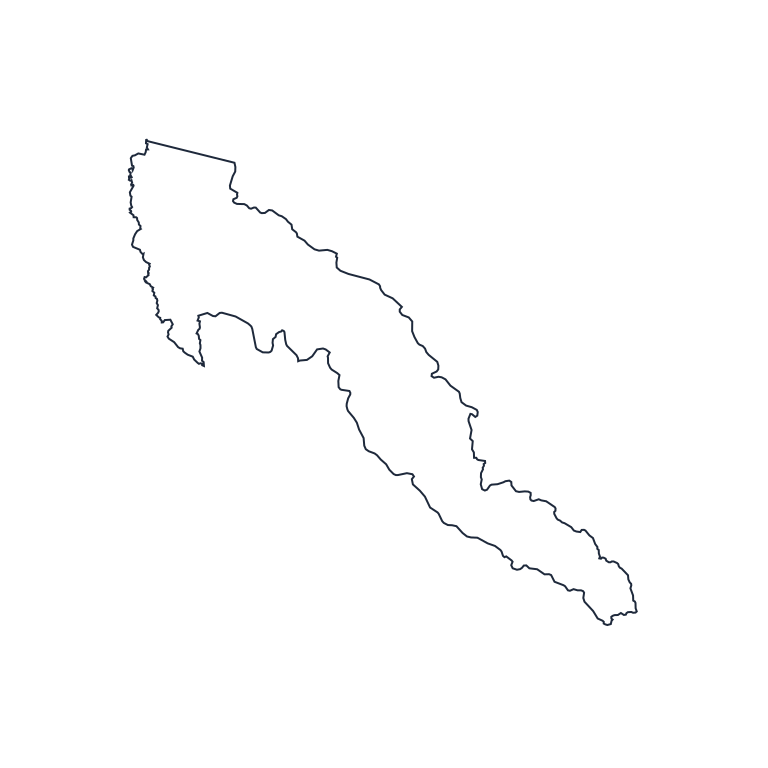 São Paulo de Olivença, Amazonas, Brazil (orthographic projection), rotated 285°
{"feature_id": "56859067B25364634126216", "entity_name": "São Paulo de Olivença", "entity_type": "district", "adm_level": 2, "iso_a3": "BRA", "parent_name": "Brazil", "parent_adm1": "Amazonas", "projection": "orthographic", "projection_center": [-69.469, -4.737], "detail": "fine", "context": "isolated", "style": "outline", "palette": "slate", "viewbox_px": 768, "rotation_deg": 285, "n_neighbors": 0, "source": "geoboundaries", "source_scale": "gbopen_adm2", "svg_char_len": 6111}
<svg xmlns="http://www.w3.org/2000/svg" viewBox="0 0 768 768"><g transform="rotate(285 384 384)"><path d="M557.4,93.0L558.5,91.6L558.2,91.1L554.9,91.8L554.5,93.6L551.1,93.7L549.5,95.3L548.9,93.5L546.2,93.8L543.5,93.3L543.1,87.0L540.4,84.2L539.3,82.0L537.3,81.2L536.5,81.0L529.7,84.1L529.6,85.5L528.3,86.2L525.6,85.9L527.1,85.0L527.1,84.2L525.2,82.1L524.4,82.2L522.8,83.5L522.7,84.6L520.4,84.8L518.4,86.8L517.9,86.4L518.9,84.6L518.5,83.9L517.3,84.3L517.3,84.9L515.2,84.7L514.7,86.2L515.5,87.3L513.3,88.6L511.2,88.1L510.4,88.6L511.4,90.3L510.7,90.8L503.4,88.9L500.3,90.3L499.6,91.7L493.8,92.3L490.7,93.8L489.7,94.9L488.5,94.3L487.6,92.9L486.5,93.2L485.7,94.9L485.0,95.2L483.8,94.3L482.2,98.3L480.3,99.0L480.9,101.6L480.4,102.5L478.5,103.2L476.6,105.3L474.6,106.0L473.6,107.9L471.1,108.3L470.8,108.9L467.8,106.0L464.2,104.8L459.7,104.2L457.9,104.7L453.4,104.5L451.5,106.1L450.5,113.5L448.6,114.6L447.2,116.8L447.1,117.5L447.6,118.0L444.0,118.3L441.6,120.0L440.2,122.6L439.5,126.5L438.6,126.2L436.9,127.4L435.5,127.0L433.7,127.5L431.9,126.8L430.5,127.3L430.2,128.0L429.2,127.7L428.3,128.4L425.4,126.5L425.3,125.1L423.5,125.0L422.7,125.6L421.6,127.6L421.1,127.0L420.5,127.8L419.8,131.9L418.1,133.4L417.3,136.1L416.1,135.7L415.6,136.3L413.9,136.2L412.7,138.5L410.0,138.7L409.4,140.6L407.9,141.2L407.5,142.6L405.9,143.5L403.3,143.5L401.7,145.2L398.4,145.3L397.3,147.0L396.0,147.6L394.4,147.4L391.8,146.1L390.1,149.2L390.0,150.7L388.7,151.0L387.5,152.9L385.9,153.4L386.4,154.7L389.0,155.7L390.8,161.0L387.0,164.5L384.7,163.7L383.4,164.3L379.6,161.9L378.0,162.0L376.1,163.1L373.8,162.6L372.1,164.4L370.1,170.5L366.3,175.6L365.7,177.8L366.0,180.4L363.6,181.7L362.7,183.5L361.5,186.8L360.9,192.2L358.5,194.3L356.2,198.5L355.6,200.0L356.5,201.4L356.5,202.9L355.1,203.5L354.8,205.4L358.5,204.1L359.4,202.2L362.4,201.5L367.6,197.3L371.0,197.5L374.2,196.6L375.6,195.6L378.9,195.3L379.7,193.7L382.6,192.6L384.0,191.4L384.3,189.9L388.2,190.6L389.7,191.6L391.2,191.5L394.4,190.1L396.9,190.0L397.0,187.5L400.3,187.9L401.9,187.0L406.9,195.0L405.4,201.2L405.8,203.7L410.1,206.9L410.9,209.0L410.8,223.2L407.3,236.9L406.1,239.4L405.2,241.0L403.1,242.5L386.4,250.7L384.9,252.0L383.2,258.7L384.6,264.5L385.6,265.9L387.1,266.8L392.5,266.9L394.9,265.7L398.6,265.1L401.4,267.1L404.2,266.9L407.0,269.2L408.2,271.2L409.5,271.7L409.3,273.4L408.4,274.4L401.0,277.2L397.0,279.3L395.7,280.5L389.2,292.0L386.6,294.3L383.8,295.2L384.9,296.7L387.3,303.3L392.2,307.5L400.1,310.4L402.5,315.9L402.3,318.7L400.4,323.4L396.1,322.4L394.9,323.1L389.6,324.6L385.8,327.7L384.4,329.7L382.4,336.1L381.1,338.7L375.1,339.1L369.2,341.0L367.6,343.1L367.4,344.4L368.3,352.4L366.7,353.8L365.2,354.1L360.9,353.1L355.3,353.1L352.9,353.6L350.0,355.2L348.6,356.3L343.5,363.6L339.6,367.8L333.6,371.7L326.5,378.3L319.3,380.9L316.3,383.3L315.1,386.7L314.5,392.9L313.4,395.7L310.2,400.4L307.0,406.9L302.6,411.3L299.5,416.6L299.1,419.0L299.7,421.1L303.8,429.2L304.2,434.8L302.4,436.9L299.3,435.5L294.5,437.9L290.2,446.3L285.8,452.7L276.6,460.5L273.8,469.0L272.8,470.4L266.6,475.7L265.3,477.7L264.3,482.2L265.2,486.4L265.4,490.8L260.4,498.5L258.2,503.6L258.3,507.7L259.7,514.0L256.9,525.4L256.3,533.1L253.8,539.4L252.6,540.9L248.8,543.4L247.9,545.2L249.1,546.7L246.6,552.9L245.6,554.2L241.9,553.8L239.3,556.0L239.0,560.5L240.4,563.4L242.2,564.9L244.8,566.0L245.6,568.4L243.6,572.1L244.7,579.9L241.7,588.3L243.0,592.7L242.7,594.9L237.1,599.9L236.1,609.5L235.5,611.3L232.3,615.1L232.4,617.1L234.9,620.2L234.8,624.4L235.7,627.9L235.4,630.0L234.2,631.3L228.9,631.9L225.6,634.0L218.8,644.8L212.8,651.1L211.9,656.4L211.2,657.8L209.5,658.2L209.1,659.8L209.0,662.1L210.8,665.2L214.2,665.1L215.6,665.8L216.2,664.4L217.9,663.8L219.2,664.8L220.4,666.4L221.4,669.7L224.1,672.1L223.0,675.5L223.8,677.3L225.4,677.5L226.7,678.6L227.8,681.9L227.5,683.8L228.3,686.1L229.7,687.0L232.5,685.1L237.6,683.6L238.8,682.6L239.3,680.8L244.2,679.3L250.4,674.9L253.5,675.0L255.0,674.4L256.0,672.7L258.5,670.6L262.4,669.2L267.2,661.3L267.6,659.4L268.7,658.0L270.7,656.8L271.4,655.4L272.0,651.8L271.5,649.9L270.4,648.9L270.0,647.3L270.9,644.4L272.6,643.3L273.1,641.1L272.8,639.6L271.4,638.8L271.3,637.1L273.1,637.3L275.9,635.4L279.2,634.4L280.0,632.7L281.8,632.3L284.1,629.4L289.3,625.7L290.9,621.6L294.6,616.5L294.9,614.9L294.2,612.7L291.8,611.9L291.3,608.0L291.6,605.3L294.2,601.9L296.3,594.4L296.4,591.8L297.6,589.5L298.0,586.9L299.0,585.4L302.6,582.1L304.4,581.5L305.9,582.4L308.2,581.9L309.3,580.8L312.7,571.0L312.3,566.0L312.7,563.3L309.7,558.9L309.6,556.6L310.4,555.3L312.5,554.4L314.6,554.5L316.8,553.8L317.4,551.2L316.7,547.7L314.7,542.4L314.6,539.2L319.0,533.4L322.3,532.3L323.1,530.0L321.5,526.4L320.0,524.8L316.6,519.6L314.6,513.9L313.3,512.6L308.6,510.9L307.2,509.0L307.8,506.0L312.2,503.4L317.1,503.1L319.1,501.7L323.0,500.8L327.3,501.7L328.6,501.0L330.9,501.7L332.5,501.0L333.9,502.2L335.8,501.5L335.0,494.8L335.4,493.4L336.6,492.3L336.0,490.1L341.2,488.5L343.7,485.9L351.8,484.5L353.6,481.2L362.2,480.5L370.0,475.3L372.3,474.6L377.5,475.2L377.6,476.8L375.8,480.7L377.6,482.3L381.2,481.8L383.0,480.3L384.3,474.8L384.4,468.9L386.5,463.6L390.2,461.3L394.4,459.6L395.9,458.4L399.6,448.6L404.4,442.2L405.4,437.9L405.1,434.8L403.0,430.7L403.9,427.9L406.3,427.6L409.7,431.6L412.1,432.6L415.8,431.8L419.2,429.7L423.7,419.6L425.8,416.6L428.8,414.5L430.7,411.6L431.2,408.0L432.2,406.1L437.2,401.3L442.3,397.5L451.7,395.1L454.7,390.7L455.4,383.8L457.9,380.5L460.1,379.9L463.1,381.3L469.0,370.2L470.5,361.5L474.0,356.9L475.9,355.4L477.4,354.9L478.9,353.3L481.2,342.9L481.1,321.2L482.1,312.6L484.3,308.2L488.9,306.6L493.9,306.1L494.5,304.7L497.7,304.7L498.8,299.4L498.9,294.6L496.0,286.7L496.1,282.0L499.0,274.4L501.9,270.1L503.9,262.2L506.8,260.9L507.8,259.8L509.7,255.3L514.0,253.4L515.9,249.2L517.9,246.6L519.6,241.8L519.7,238.7L522.7,231.1L522.3,227.8L518.4,224.7L517.4,221.7L517.6,220.0L521.2,214.5L520.8,212.7L518.9,210.2L518.9,208.3L520.9,205.4L521.6,202.5L519.9,195.4L520.4,192.3L521.6,190.8L523.5,190.7L525.7,193.5L527.4,193.8L528.9,193.0L530.7,192.9L532.9,184.9L535.8,183.8L545.5,184.1L550.7,185.3L555.1,184.3L559.0,182.3L557.4,93.0Z" fill="none" stroke="#1e293b" stroke-width="2"/></g></svg>